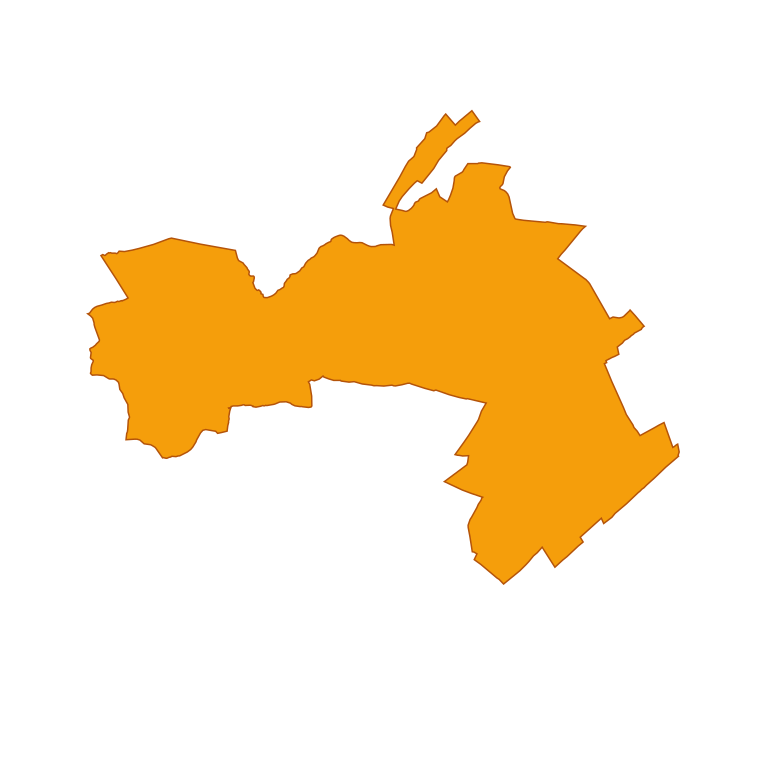 Horlesti, Iasi, Romania (orthographic projection), rotated 64°
{"feature_id": "2599482B24639761167340", "entity_name": "Horlesti", "entity_type": "district", "adm_level": 2, "iso_a3": "ROU", "parent_name": "Romania", "parent_adm1": "Iasi", "projection": "orthographic", "projection_center": [27.382, 47.099], "detail": "fine", "context": "isolated", "style": "filled", "palette": "amber", "viewbox_px": 768, "rotation_deg": 64, "n_neighbors": 0, "source": "geoboundaries", "source_scale": "gbopen_adm2", "svg_char_len": 6170}
<svg xmlns="http://www.w3.org/2000/svg" viewBox="0 0 768 768"><g transform="rotate(64 384 384)"><path d="M578.0,150.9L577.1,151.0L574.5,148.5L566.8,146.4L566.8,147.6L567.5,150.6L567.6,152.2L541.4,149.2L541.5,155.0L541.9,161.3L542.6,176.5L537.3,177.1L532.7,178.4L529.9,178.2L517.7,179.6L510.2,179.1L481.6,178.2L462.3,177.0L462.4,174.5L460.3,174.3L460.1,167.6L460.3,164.5L460.2,159.9L453.0,158.1L451.7,151.8L450.3,148.9L450.1,147.9L450.1,145.2L449.3,141.4L449.0,141.1L448.6,138.0L448.0,136.6L447.7,128.7L447.1,128.2L446.8,127.4L446.1,125.5L446.1,124.9L433.0,128.2L425.4,130.4L425.8,131.1L428.3,138.7L428.5,140.6L427.7,143.8L424.2,148.8L424.2,152.6L384.0,155.2L382.2,155.6L378.2,156.9L377.9,157.2L347.6,173.0L345.0,167.8L343.0,162.7L332.7,140.2L331.5,137.2L330.6,133.8L325.1,142.0L317.9,154.0L316.4,156.9L310.0,165.8L309.6,166.8L309.4,168.1L298.1,186.7L294.8,191.5L293.5,193.3L292.8,193.8L287.1,193.6L270.7,189.6L267.4,189.5L264.4,190.3L262.6,191.3L259.6,194.0L258.4,194.0L257.5,192.7L256.9,190.7L256.1,189.3L250.5,185.0L246.6,179.6L244.7,175.5L244.0,175.6L243.5,176.1L237.0,185.4L228.1,199.1L226.9,202.3L227.0,203.1L222.7,212.0L226.1,217.9L227.4,219.7L227.9,221.0L228.4,228.7L229.0,229.8L229.8,230.5L232.1,231.8L238.2,236.2L243.5,241.5L246.6,245.1L248.1,247.2L240.2,251.8L231.5,251.4L233.0,257.4L233.2,270.0L233.4,271.0L234.6,272.8L234.4,276.1L235.4,277.8L236.3,278.6L237.2,280.3L238.1,282.5L238.8,285.9L238.7,287.9L238.2,289.1L236.2,291.3L231.9,296.8L226.2,290.1L223.5,285.4L219.3,275.5L216.8,268.6L215.9,265.0L220.1,261.9L220.0,261.6L212.1,244.8L206.9,236.9L201.7,225.3L199.9,224.4L199.5,223.5L198.8,219.2L196.5,213.8L195.6,210.9L193.9,201.3L191.8,194.6L189.9,187.2L189.8,184.5L190.0,183.0L176.9,185.2L180.8,201.1L182.6,206.4L168.4,210.2L169.3,212.4L175.2,223.6L177.3,233.2L176.9,235.5L181.4,239.8L186.0,251.2L187.5,251.8L192.5,257.2L192.8,257.8L194.5,264.2L197.9,269.5L204.8,279.1L222.8,306.3L226.6,303.1L230.4,298.6L235.9,304.6L237.8,305.9L244.4,308.6L251.2,310.1L263.7,314.0L262.4,315.3L261.7,316.4L257.4,325.8L256.7,329.8L256.6,331.5L254.9,335.2L253.9,336.5L252.1,338.2L247.4,341.8L246.2,343.8L245.2,346.4L243.8,349.0L242.4,350.9L239.5,352.5L237.4,353.2L233.6,355.2L231.9,356.7L231.0,358.2L230.7,359.8L230.4,363.2L230.4,365.0L230.8,367.5L231.0,368.0L232.4,369.2L232.6,369.7L232.4,371.6L232.5,374.6L232.9,376.4L233.0,378.8L232.8,380.3L233.3,382.4L233.8,383.2L237.0,386.8L238.4,389.8L238.9,391.4L238.9,394.3L239.5,396.1L239.6,397.7L239.8,398.4L241.1,401.5L243.5,404.7L243.7,407.1L245.4,410.1L246.1,414.4L245.9,415.5L245.0,417.8L244.8,420.4L245.0,420.8L246.1,421.3L247.0,422.6L247.5,425.1L248.5,426.6L249.9,429.4L252.4,431.0L253.1,432.1L253.1,433.5L253.5,436.1L253.3,438.3L255.0,441.5L255.6,444.2L255.7,446.8L255.2,451.1L253.8,453.7L253.4,454.0L252.2,454.1L250.4,453.6L248.9,455.0L247.6,454.3L245.5,454.8L244.5,455.4L244.5,456.5L244.0,457.1L241.4,458.0L235.3,457.4L234.9,456.5L231.8,454.1L230.4,453.7L229.7,454.1L228.6,456.5L227.5,457.2L226.1,457.4L224.3,456.0L223.5,455.8L220.9,456.3L219.3,456.2L215.2,457.4L213.5,457.6L209.7,460.3L208.7,460.6L206.3,460.5L198.8,459.0L177.9,487.6L159.7,511.1L159.1,513.8L157.5,530.0L154.8,544.7L153.3,551.6L151.2,559.2L148.5,563.8L149.4,565.6L149.7,567.0L148.6,568.2L147.1,571.3L146.1,572.2L145.7,573.6L145.3,573.9L145.6,576.3L146.2,578.2L146.0,578.7L144.4,580.0L144.5,582.1L171.9,578.7L194.5,576.3L194.7,578.7L194.5,582.9L194.2,582.9L193.9,583.9L193.7,586.1L192.8,587.2L192.8,589.4L192.5,590.6L191.0,593.1L190.8,594.2L190.7,595.4L189.9,598.2L189.3,603.1L188.4,607.8L188.4,610.6L189.0,613.2L191.3,617.7L191.0,619.5L194.1,617.9L197.1,617.0L202.0,617.8L203.6,618.5L206.2,619.0L219.5,620.4L220.4,620.9L220.8,621.4L221.9,624.9L222.6,626.3L223.3,629.7L223.2,631.7L223.5,633.0L225.0,633.5L227.3,633.4L231.7,636.3L232.5,636.4L235.3,635.0L236.1,635.3L238.6,638.3L241.1,640.2L244.5,641.9L245.6,643.1L246.5,643.0L248.2,642.3L250.0,638.0L253.5,632.3L258.6,629.0L259.2,628.4L260.7,625.3L261.5,624.3L263.1,623.0L266.1,621.9L268.3,622.3L273.0,623.8L278.0,623.0L282.5,623.6L290.1,623.2L297.1,626.3L302.1,627.2L302.7,627.6L304.3,629.6L312.7,634.4L314.6,635.7L315.6,636.9L321.0,640.3L324.4,632.0L325.4,630.1L327.3,628.0L332.6,625.8L336.2,620.5L337.0,619.8L340.4,617.6L341.7,617.2L353.3,615.4L353.4,614.7L355.3,612.3L355.6,611.4L355.7,609.3L356.1,607.8L356.0,606.3L358.1,602.8L358.4,600.7L359.0,599.1L358.9,590.6L358.1,586.4L356.9,583.6L353.6,578.4L352.1,576.9L347.5,570.3L346.2,567.1L346.8,564.2L352.7,556.0L355.4,555.2L356.4,551.3L357.6,545.7L353.0,542.7L350.4,540.5L349.2,540.0L347.5,538.5L345.3,537.8L340.7,534.5L338.7,532.6L337.8,534.2L337.4,534.2L338.0,532.2L337.9,531.7L337.2,531.3L337.6,529.2L339.6,525.0L340.7,521.5L340.9,519.9L341.4,518.8L342.4,518.2L344.4,513.6L345.0,512.8L345.8,512.1L346.7,511.8L346.7,511.3L347.2,511.3L348.7,509.2L349.9,504.7L350.2,502.3L350.8,501.8L351.3,500.8L351.3,499.6L352.0,498.8L353.9,492.2L354.2,490.6L354.5,485.6L357.1,479.7L360.1,476.6L362.0,475.7L364.6,473.6L367.6,469.2L367.9,468.3L368.8,467.1L372.0,462.1L372.7,459.7L372.5,459.0L371.9,458.4L363.1,454.3L351.7,450.9L348.9,451.0L348.5,447.5L350.6,445.2L351.2,440.2L350.1,435.3L351.4,435.0L355.2,431.4L358.8,427.5L361.7,421.5L362.5,421.3L367.0,414.6L368.8,409.8L374.4,403.6L379.6,395.6L381.1,393.9L382.3,391.2L385.8,385.0L388.5,377.4L390.0,375.9L390.8,374.4L392.5,368.3L393.7,362.5L394.5,360.6L396.1,359.3L405.9,349.1L411.9,342.2L412.2,340.0L422.1,330.2L428.9,322.5L433.5,316.6L433.7,315.5L445.9,300.5L451.1,308.3L457.4,314.7L458.9,316.9L467.3,330.4L471.4,337.7L478.6,351.1L480.3,349.1L481.1,347.7L483.2,344.8L485.5,339.4L491.0,343.1L493.0,345.0L498.2,372.5L513.5,360.2L520.6,353.5L529.0,345.0L529.2,345.9L531.0,347.7L533.5,352.0L535.9,354.8L542.0,363.5L543.5,366.0L547.8,370.3L549.8,371.2L558.9,373.7L573.5,378.2L574.5,376.8L577.4,374.9L581.4,379.9L588.5,376.1L607.9,367.5L610.0,366.2L616.2,364.2L611.4,343.8L608.7,335.8L607.1,331.7L604.0,325.0L602.8,320.2L600.0,313.4L623.6,310.7L620.6,300.6L619.4,295.3L614.8,280.5L613.3,274.3L607.7,274.8L599.9,247.5L605.7,247.7L603.7,237.6L601.6,233.1L597.9,218.5L592.9,202.7L592.7,201.4L591.6,198.3L591.2,195.8L590.0,192.5L587.0,182.0L582.3,167.4L578.0,150.9Z" fill="#f59e0b" stroke="#b45309" stroke-width="1.5"/></g></svg>